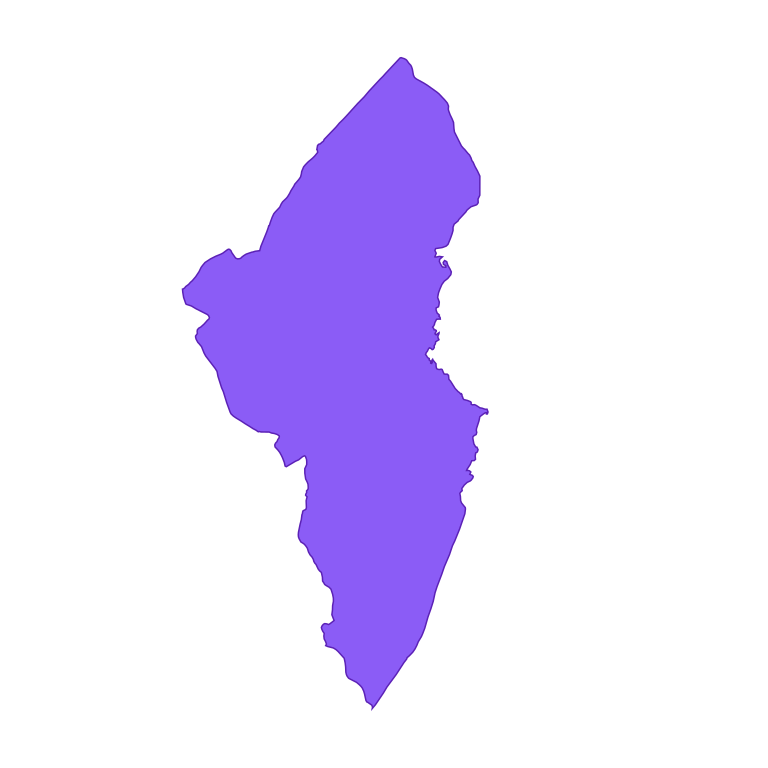 the district of Kampong Seila, Kaôh Kong, Cambodia, rotated 160°
{"feature_id": "14789045B74772931755748", "entity_name": "Kampong Seila", "entity_type": "district", "adm_level": 2, "iso_a3": "KHM", "parent_name": "Cambodia", "parent_adm1": "Kaôh Kong", "projection": "mercator", "projection_center": [103.945, 11.169], "detail": "fine", "context": "isolated", "style": "filled", "palette": "violet", "viewbox_px": 768, "rotation_deg": 160, "n_neighbors": 0, "source": "geoboundaries", "source_scale": "gbopen_adm2", "svg_char_len": 6160}
<svg xmlns="http://www.w3.org/2000/svg" viewBox="0 0 768 768"><g transform="rotate(160 384 384)"><path d="M506.0,83.1L501.8,85.5L490.2,93.9L484.8,98.3L472.1,106.7L460.4,115.5L456.9,117.7L455.7,119.1L454.5,119.4L452.0,120.5L448.6,122.2L445.5,124.4L442.6,127.1L439.9,130.1L435.3,133.8L433.1,136.1L429.2,140.6L422.4,150.0L416.7,156.9L412.1,162.9L407.4,170.4L403.5,175.4L394.7,185.6L389.8,191.7L380.8,201.3L375.0,208.6L371.3,212.2L362.7,221.7L352.4,234.4L350.2,238.7L349.9,240.1L351.8,245.6L351.9,248.1L350.6,252.4L350.2,255.3L348.7,256.3L347.0,257.0L346.6,259.2L343.1,261.6L339.5,263.1L336.1,263.4L335.0,263.8L332.7,265.3L331.8,266.5L332.1,267.8L334.3,269.8L332.5,271.6L333.3,273.1L334.4,274.0L336.0,274.5L335.1,275.5L330.6,278.8L327.8,281.9L325.4,281.2L323.8,281.9L322.9,285.2L321.4,287.9L320.0,288.0L319.3,288.5L318.1,290.0L318.3,292.9L319.4,293.5L320.0,297.1L319.1,302.5L318.5,304.0L316.9,304.7L314.7,305.0L313.4,306.8L313.1,308.9L312.3,310.5L307.4,316.8L305.1,320.5L300.6,321.9L298.6,322.3L297.4,322.0L298.0,320.8L297.1,320.5L295.8,322.1L295.8,325.1L297.6,325.7L300.2,327.8L302.0,328.8L304.6,332.3L305.9,333.6L308.1,334.2L309.0,335.2L308.4,337.0L308.9,337.9L311.2,340.0L314.3,342.1L314.8,343.7L314.5,344.6L314.8,345.7L314.4,347.3L314.6,348.4L315.3,348.3L316.0,350.1L317.0,351.5L318.7,355.5L320.5,363.9L321.4,366.2L320.4,370.1L321.2,371.6L323.1,372.3L324.1,372.9L324.3,374.8L324.4,377.7L325.2,378.4L327.1,378.7L328.5,379.5L329.3,380.5L329.0,382.8L328.2,385.3L329.4,388.6L329.8,389.9L329.8,390.6L330.9,389.9L331.2,387.9L332.2,387.0L333.0,387.6L332.4,388.9L332.6,390.0L333.3,391.2L332.8,392.5L333.6,393.3L334.2,394.8L334.4,396.3L334.9,397.4L333.5,399.1L332.1,399.9L330.3,401.7L329.0,402.5L327.7,401.3L327.0,399.8L326.0,399.8L324.3,401.0L323.8,402.7L322.0,404.2L321.0,406.0L317.2,406.8L317.4,409.2L316.9,410.7L315.2,412.4L314.7,413.4L316.6,413.0L318.2,412.4L318.9,413.7L318.0,414.8L316.8,415.6L316.6,416.4L317.3,417.3L318.4,417.8L318.3,419.1L318.9,420.8L317.4,421.6L316.3,422.6L315.3,424.2L312.5,426.8L310.7,426.4L308.9,425.7L308.5,427.5L309.2,429.0L308.4,429.8L309.0,431.2L309.7,432.1L309.8,434.2L309.7,436.0L308.9,437.7L306.4,437.9L305.3,439.5L304.0,442.1L304.0,447.0L301.6,451.0L299.0,454.1L295.6,457.7L292.2,460.0L288.1,461.3L283.8,463.9L282.4,466.3L282.7,469.6L283.4,473.8L283.2,477.5L284.8,479.3L286.8,478.0L287.2,476.0L285.4,474.0L286.0,472.6L289.1,474.0L289.7,476.6L290.1,480.1L289.1,482.1L285.6,483.5L288.4,485.0L291.4,485.4L292.7,486.1L290.2,489.0L290.5,492.0L289.2,493.6L282.6,492.3L278.5,492.3L276.1,493.3L271.4,498.5L268.6,501.9L266.6,504.7L265.5,507.7L263.4,510.2L258.6,511.9L257.6,512.9L248.2,517.7L246.9,518.8L244.8,519.7L241.6,520.8L236.1,520.7L235.2,520.9L233.5,522.1L232.4,525.6L229.4,528.6L222.8,546.6L223.3,552.3L224.1,557.3L224.4,561.9L225.0,563.9L224.9,566.7L225.3,569.9L226.3,572.1L228.0,576.9L228.7,578.2L229.8,581.2L231.6,596.7L230.9,600.1L229.2,606.0L229.3,609.6L229.8,614.5L229.8,618.6L229.6,620.2L228.3,623.1L228.4,626.3L229.7,630.0L233.1,637.9L234.4,640.1L241.1,649.9L243.6,653.1L249.2,659.5L250.5,661.7L250.7,664.2L249.7,670.1L249.6,672.6L249.8,674.3L250.9,676.8L251.9,680.4L252.5,681.5L253.7,682.8L256.3,684.8L257.4,684.9L276.1,675.4L279.8,673.4L283.5,671.7L297.4,664.6L304.6,660.5L312.8,656.6L327.7,648.7L332.5,646.3L336.6,644.5L341.3,641.8L356.6,634.3L357.5,633.2L358.4,632.7L359.6,632.4L361.7,631.5L363.5,631.6L364.9,630.8L367.0,627.2L366.6,626.8L367.1,624.3L371.2,621.9L374.0,620.6L379.2,618.7L381.3,617.7L383.3,616.7L385.3,615.5L388.7,611.8L389.8,609.7L391.6,607.1L394.1,605.3L399.5,602.3L400.9,600.9L405.3,597.5L407.6,595.3L410.6,592.9L412.3,591.9L416.9,589.9L418.9,588.4L421.5,585.8L427.8,582.6L429.4,581.6L432.1,578.9L435.3,575.1L437.6,572.1L438.2,572.1L439.3,570.5L442.2,567.0L452.6,555.5L455.2,551.8L459.7,552.8L462.1,552.9L463.2,553.1L469.1,553.2L471.5,552.7L473.9,552.0L475.6,551.2L477.1,551.2L478.9,551.7L480.4,553.1L482.1,559.5L482.2,561.5L483.0,563.3L484.2,563.9L485.4,563.7L490.7,562.1L493.0,561.8L498.5,561.6L504.3,560.9L510.6,559.4L513.9,557.5L516.0,556.1L519.4,552.8L524.3,549.2L528.9,546.6L531.0,545.8L533.6,544.4L537.0,543.4L538.4,542.5L540.0,542.0L540.9,542.1L541.7,539.1L542.7,533.8L542.8,527.0L542.4,526.4L538.3,523.2L535.0,519.1L526.2,509.7L525.5,508.3L525.3,506.2L526.2,505.0L528.1,504.3L532.5,501.9L536.7,500.2L539.1,499.8L540.9,498.7L541.7,497.1L542.1,495.3L544.7,493.5L545.1,492.0L545.2,490.2L544.7,486.8L543.9,484.9L542.7,481.5L542.5,474.7L542.0,471.3L537.3,456.3L536.6,452.9L537.4,447.9L537.9,436.1L537.6,431.7L538.2,420.3L538.2,410.1L537.9,408.1L536.5,405.3L534.5,402.5L530.7,397.8L528.3,394.5L525.1,390.5L522.3,386.8L520.2,384.5L518.5,382.1L517.6,382.1L516.0,381.0L508.3,378.1L506.6,376.5L504.0,375.0L501.5,373.0L500.2,371.0L500.4,370.3L501.3,369.1L502.7,368.2L504.2,366.5L506.2,365.5L507.5,364.1L507.9,362.1L506.3,358.3L505.4,355.5L504.9,352.4L504.6,349.6L504.5,344.5L505.0,340.7L504.1,339.7L493.6,341.7L490.2,341.9L485.3,343.6L483.2,343.7L482.6,342.8L482.6,339.6L483.2,337.4L484.2,334.7L487.4,331.5L488.9,327.3L490.1,321.6L489.7,318.0L489.7,315.8L490.5,313.0L491.1,311.5L492.2,310.6L493.3,310.1L493.9,308.3L495.2,307.2L495.7,306.3L494.9,304.2L495.9,302.8L497.1,300.9L499.2,294.4L500.1,293.1L501.5,292.7L503.3,292.6L504.3,291.5L504.8,290.4L505.9,289.1L508.1,284.8L510.8,280.9L515.1,273.9L516.1,271.7L516.7,269.6L516.7,267.6L516.1,263.9L514.9,262.5L513.6,260.6L512.7,258.0L512.2,255.9L512.4,251.9L511.9,248.7L510.8,245.9L510.4,243.3L510.6,241.3L510.3,239.4L509.6,237.7L509.1,232.4L508.4,230.3L507.3,228.4L507.9,223.7L509.1,219.8L508.6,217.8L508.3,215.9L507.1,214.2L505.1,211.8L504.0,209.3L504.2,204.0L504.8,200.2L505.8,197.2L508.1,193.3L509.7,189.3L511.9,185.0L511.8,178.8L517.2,177.1L518.5,177.0L519.7,178.1L521.6,179.1L523.0,179.0L524.7,178.1L526.1,176.7L526.3,174.9L526.1,172.5L525.5,170.1L526.7,167.8L527.4,164.9L527.0,161.9L527.0,159.3L528.3,158.1L526.6,156.5L521.9,153.3L519.9,150.8L518.6,148.3L515.2,139.9L515.9,135.1L516.8,131.3L518.4,126.3L518.7,123.9L518.6,122.1L517.9,119.7L517.3,118.9L511.9,113.1L510.1,110.0L509.1,107.9L508.4,105.8L508.1,102.3L508.3,99.4L509.2,92.8L508.9,91.1L508.2,90.5L505.3,86.4L505.3,84.3L506.0,83.1Z" fill="#8b5cf6" stroke="#5b21b6" stroke-width="1.5"/></g></svg>